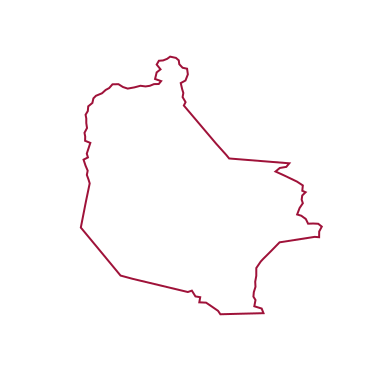 Aliança, Pernambuco, Brazil, rotated 300°
{"feature_id": "56859067B36820916945585", "entity_name": "Aliança", "entity_type": "district", "adm_level": 2, "iso_a3": "BRA", "parent_name": "Brazil", "parent_adm1": "Pernambuco", "projection": "orthographic", "projection_center": [-35.173, -7.607], "detail": "fine", "context": "isolated", "style": "outline", "palette": "rose", "viewbox_px": 384, "rotation_deg": 300, "n_neighbors": 0, "source": "geoboundaries", "source_scale": "gbopen_adm2", "svg_char_len": 1508}
<svg xmlns="http://www.w3.org/2000/svg" viewBox="0 0 384 384"><g transform="rotate(300 192 192)"><path d="M227.3,60.7L223.8,59.8L219.3,61.2L214.3,59.3L210.0,61.3L205.7,61.2L202.8,63.7L198.8,66.0L194.9,69.1L189.5,69.3L186.6,71.8L182.9,73.8L183.7,79.4L178.4,80.5L172.6,81.7L169.9,84.6L165.8,81.9L161.7,86.5L158.3,91.0L154.2,92.4L151.1,96.1L148.3,99.1L130.4,105.0L105.6,113.5L102.5,121.9L95.3,141.3L83.9,171.9L87.2,184.3L103.3,238.4L106.5,241.2L103.3,247.2L105.0,251.7L100.1,253.5L103.2,259.5L102.7,266.6L102.1,274.0L100.3,277.7L111.7,296.3L114.2,300.4L122.8,314.5L125.9,310.6L124.2,303.1L130.2,301.0L132.1,297.5L136.2,295.6L141.6,294.4L145.9,291.6L151.5,289.6L158.3,285.7L166.2,286.3L169.7,287.1L180.4,290.0L192.2,293.0L214.5,320.7L216.4,324.7L221.4,321.9L226.9,321.7L227.6,317.2L225.3,312.7L222.6,308.4L225.5,304.1L226.1,298.5L225.1,294.3L231.9,293.2L237.7,293.6L240.2,290.8L244.1,289.2L248.6,290.5L248.2,286.9L253.1,284.7L253.5,277.7L252.4,263.4L251.5,254.1L256.7,256.0L260.9,261.1L265.5,261.9L239.6,207.4L241.2,203.2L245.9,188.8L262.8,141.7L266.6,141.5L269.5,136.4L273.4,135.0L276.3,131.9L280.7,127.8L285.3,130.6L291.8,129.6L296.3,126.1L294.9,121.7L296.3,117.1L299.4,114.7L300.1,111.0L298.3,105.4L294.9,103.9L291.5,101.2L289.1,97.7L284.7,97.7L282.5,103.4L277.9,101.6L271.4,103.5L272.6,109.8L268.9,109.2L266.4,105.1L262.9,102.4L260.2,99.0L258.2,94.2L253.8,89.8L249.4,84.6L248.4,79.7L248.6,74.4L245.5,69.3L240.6,68.3L237.2,66.2L232.5,64.7L227.3,60.7Z" fill="none" stroke="#9f1239" stroke-width="2"/></g></svg>